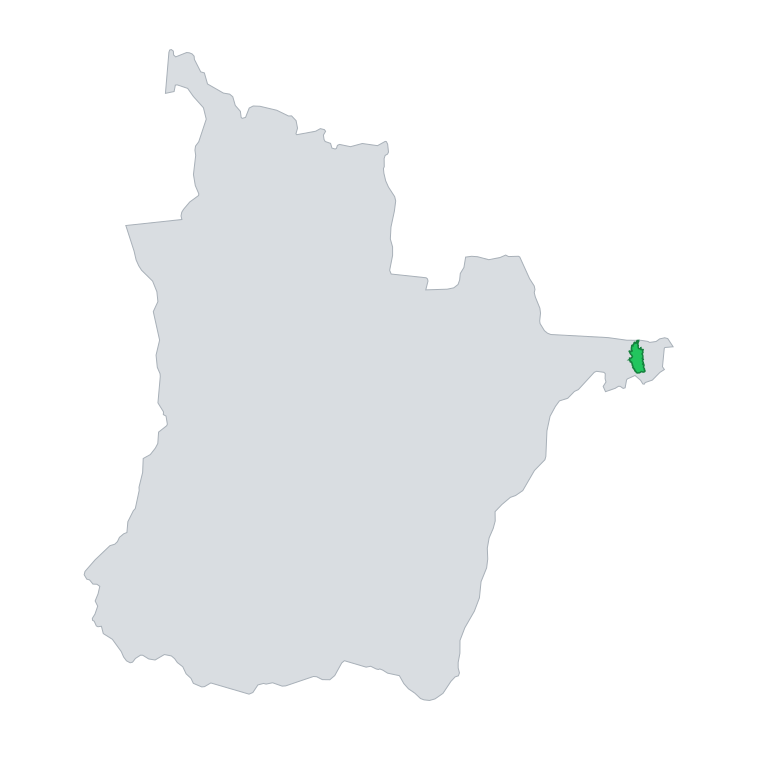 Seke-Banza, Bas-Congo, Democratic Republic of the Congo shown in context, rotated 184°
{"feature_id": "63176286B69853523616594", "entity_name": "Seke-Banza", "entity_type": "district", "adm_level": 2, "iso_a3": "COD", "parent_name": "Democratic Republic of the Congo", "parent_adm1": "Bas-Congo", "projection": "robinson", "projection_center": [13.441, -5.391], "detail": "fine", "context": "in_parent", "style": "filled", "palette": "green", "viewbox_px": 768, "rotation_deg": 184, "n_neighbors": 0, "source": "geoboundaries", "source_scale": "gbopen_adm2", "svg_char_len": 7417}
<svg xmlns="http://www.w3.org/2000/svg" viewBox="0 0 768 768"><g transform="rotate(184 384 384)"><path d="M652.6,524.1L597.1,534.0L598.2,537.5L597.7,541.3L596.2,544.2L590.5,552.0L582.1,559.1L582.0,560.8L586.1,568.8L588.7,579.7L587.8,598.9L588.9,604.1L588.6,608.2L585.7,612.7L579.8,635.8L583.4,647.0L594.2,657.5L600.5,665.2L611.2,668.0L613.0,667.6L613.8,661.1L622.3,658.7L621.7,699.9L621.1,702.2L619.5,702.8L617.4,701.4L616.8,697.5L614.6,695.8L604.0,700.9L601.3,700.8L598.5,699.9L596.3,697.8L595.8,694.6L588.6,682.6L584.9,681.8L581.0,671.0L564.5,663.0L558.2,662.4L554.9,660.0L551.8,651.5L546.3,646.0L545.1,640.0L544.0,639.1L540.7,640.3L537.7,649.9L533.9,652.2L527.1,652.4L510.1,649.6L498.0,644.7L494.9,645.0L490.1,640.6L488.1,633.2L489.3,627.4L488.4,626.6L469.8,631.4L465.3,634.3L461.2,633.6L459.9,632.0L461.8,628.1L460.9,623.8L459.6,621.8L454.1,620.3L452.4,615.7L449.1,615.0L447.9,615.7L447.1,618.8L445.1,619.9L434.0,618.4L422.4,622.4L407.1,621.3L399.7,626.1L398.6,626.0L397.1,623.5L395.7,615.7L396.5,613.6L398.8,612.1L399.6,608.9L398.9,600.8L399.6,598.9L398.8,594.2L396.5,586.8L393.3,580.8L386.4,571.6L385.1,567.4L385.7,557.2L388.0,541.0L387.8,529.1L385.0,521.3L384.4,512.9L386.3,497.8L384.5,494.2L349.4,492.9L347.9,491.8L347.3,489.7L348.9,480.8L327.5,483.0L321.1,484.8L317.1,488.4L315.8,493.0L315.6,499.6L312.4,505.8L311.4,516.3L305.5,517.5L299.6,517.5L288.2,515.3L277.0,518.3L271.6,521.1L268.7,519.8L258.7,520.8L257.4,520.1L246.1,499.2L241.0,492.3L240.0,488.8L240.5,485.6L239.1,481.3L233.8,470.5L232.8,465.6L233.1,457.7L232.5,455.1L227.7,448.4L224.5,446.1L221.0,445.0L163.6,445.9L144.7,444.6L130.8,445.5L123.8,444.9L121.9,444.0L115.5,445.4L112.2,448.2L107.2,449.7L104.1,449.1L98.2,441.3L106.3,440.0L106.9,439.2L107.4,420.6L105.3,418.0L109.6,414.8L116.6,406.6L123.5,403.7L124.4,402.0L125.8,402.1L128.3,405.6L134.2,410.0L141.5,406.1L142.3,405.0L143.2,397.0L145.1,396.3L148.2,398.1L149.9,398.1L153.1,395.8L162.5,391.8L165.2,396.9L162.7,401.5L163.8,404.7L164.0,409.8L165.5,411.0L172.9,411.5L175.1,410.3L189.7,392.0L193.5,389.9L199.7,382.6L207.8,379.4L211.4,373.7L216.1,363.4L218.2,348.6L217.5,323.1L218.2,319.7L227.9,308.2L238.1,287.4L245.0,281.9L250.1,279.7L258.0,272.0L264.3,264.4L263.5,255.1L265.0,247.5L268.4,237.8L269.5,227.5L268.3,216.6L268.8,207.7L273.4,193.6L273.9,177.3L278.0,163.7L286.4,146.4L290.3,133.5L289.5,120.7L290.6,111.4L290.2,105.9L288.6,101.1L289.4,98.1L292.6,96.8L296.5,92.0L303.6,79.5L311.2,73.4L316.5,71.5L322.1,71.7L325.7,72.8L331.6,77.7L338.3,81.6L343.3,86.5L348.3,94.1L360.2,95.8L365.3,98.5L368.4,99.5L369.6,98.8L372.0,99.2L377.6,101.5L382.1,100.3L404.2,105.2L406.7,102.8L412.8,89.7L417.4,85.2L424.9,84.8L430.8,87.3L434.0,87.3L461.0,76.0L464.5,75.5L474.3,78.2L480.7,76.4L483.3,76.9L488.8,75.0L493.3,67.1L497.0,65.2L535.9,73.7L541.9,69.6L544.7,69.1L553.3,72.1L556.0,76.9L561.2,81.1L565.0,87.9L570.7,91.7L573.7,95.4L577.1,97.9L584.2,98.8L593.1,92.7L599.5,93.3L605.8,96.6L608.0,96.5L612.8,92.9L615.4,89.0L617.8,88.2L621.6,89.9L624.7,93.5L627.4,98.7L637.2,110.4L646.6,115.4L649.0,122.6L652.4,121.9L654.1,122.6L656.5,127.1L658.3,128.0L658.6,129.9L656.3,134.2L654.1,142.4L657.0,147.4L654.6,154.7L653.4,162.3L656.4,164.2L660.4,164.1L664.0,168.0L666.9,168.6L669.8,172.8L669.2,176.2L659.9,188.5L646.1,203.6L641.4,205.4L638.9,208.2L637.2,212.6L633.2,216.4L630.1,217.9L629.9,228.8L625.2,240.1L623.4,242.4L620.8,260.7L621.2,263.9L618.6,278.9L619.0,292.9L612.2,297.3L607.6,304.1L605.5,308.9L605.5,320.3L597.9,327.2L597.3,328.8L599.2,336.8L602.0,338.1L602.0,340.8L608.2,349.4L607.7,375.9L608.1,378.6L611.3,384.8L613.4,396.9L610.9,412.1L619.2,440.1L615.3,450.4L617.0,460.2L622.0,470.5L633.8,480.6L636.9,484.8L639.9,490.4L642.6,499.2L652.6,524.1Z" fill="#d9dde1" stroke="#a8b0b8" stroke-width="1"/><path d="M127.9,436.4L128.2,436.4L128.6,436.4L128.9,436.4L129.4,436.3L129.7,436.3L130.0,436.2L130.2,436.3L130.3,436.5L130.2,437.0L130.1,437.9L130.2,438.1L130.3,438.0L130.5,438.0L130.6,437.5L130.7,437.2L131.1,436.9L131.3,436.9L131.6,437.0L132.2,437.1L132.4,437.1L132.6,437.3L132.8,437.7L133.0,438.5L133.2,439.3L133.2,439.6L133.0,439.8L133.0,440.2L133.2,440.4L133.4,440.7L133.5,441.0L133.5,441.4L133.7,441.8L133.6,442.2L133.5,442.5L133.4,442.6L133.4,443.2L133.4,443.5L132.9,444.4L133.0,445.0L133.1,444.9L133.3,444.9L133.5,445.0L133.8,445.1L134.0,445.0L134.3,445.0L134.3,444.9L134.5,444.9L134.7,444.7L134.7,444.2L134.7,443.9L134.7,443.7L134.8,443.7L134.7,443.0L134.8,442.6L135.2,442.4L135.7,442.3L135.9,442.9L136.0,443.0L136.6,443.1L136.7,442.6L136.8,442.6L137.0,442.7L137.3,442.7L137.4,442.4L137.3,442.2L137.3,441.8L137.5,441.7L137.7,441.4L137.9,441.1L137.9,440.8L138.0,440.7L138.1,440.4L138.3,440.2L138.5,440.1L138.5,439.9L138.7,440.1L139.0,440.1L139.3,439.9L139.6,439.2L139.5,438.5L139.5,438.4L139.7,437.4L139.5,436.9L139.5,436.6L139.7,436.3L139.6,436.1L139.6,435.7L139.6,435.3L139.3,435.2L139.2,435.0L139.0,434.9L138.8,434.5L138.7,434.3L138.8,434.2L139.0,434.3L139.3,434.3L139.5,434.1L139.6,433.7L140.1,433.5L140.7,433.7L140.8,433.8L141.1,433.8L141.3,434.0L141.5,434.0L141.7,433.8L141.6,433.5L141.5,433.3L141.2,433.0L141.0,432.8L140.8,432.2L140.7,432.1L140.4,431.5L139.7,430.7L139.3,430.4L139.1,430.3L139.1,430.2L138.8,429.8L138.7,429.5L138.3,429.2L138.1,428.8L138.3,428.0L138.4,427.9L138.5,427.8L138.7,427.7L138.8,427.7L139.0,427.6L139.2,427.2L139.3,427.2L139.5,426.8L139.5,426.7L140.0,426.6L140.3,426.8L140.5,426.9L140.6,426.4L140.7,426.1L140.7,425.8L140.8,425.9L140.8,425.5L141.1,425.3L140.9,425.3L140.7,425.2L140.3,424.6L140.4,424.3L140.4,424.2L140.2,424.1L139.8,424.0L139.7,423.9L139.4,423.6L139.5,423.3L139.4,423.3L139.3,423.5L139.1,423.5L138.7,423.3L138.7,423.2L138.8,423.1L138.9,422.9L138.7,422.8L138.5,422.7L138.2,422.1L137.9,422.0L137.9,421.8L137.9,421.6L137.8,421.4L137.7,421.1L137.8,420.9L137.7,420.6L137.6,420.4L137.5,420.1L137.5,419.9L137.3,419.9L137.3,419.7L137.2,419.6L137.1,419.3L136.9,418.9L136.6,418.3L136.8,418.0L136.8,417.8L136.9,417.7L136.7,417.5L136.1,416.8L136.0,416.7L135.9,416.6L135.7,416.8L135.5,416.6L135.3,416.5L135.2,416.3L135.1,416.2L135.0,415.8L135.1,415.7L134.9,415.4L134.9,415.2L134.8,414.9L134.6,414.7L134.4,414.8L134.3,414.6L134.2,414.6L134.0,414.4L134.0,414.2L133.8,414.2L133.7,414.1L133.6,413.9L133.4,413.7L133.2,413.3L133.0,413.0L132.6,413.0L132.4,412.8L132.2,412.7L131.7,412.7L131.1,412.9L130.7,412.9L130.3,412.9L130.0,413.0L129.8,413.1L129.6,413.2L129.5,413.3L129.3,413.4L129.1,413.6L128.9,413.8L128.5,414.0L128.3,414.3L127.8,414.4L127.6,414.3L127.1,414.2L126.8,414.0L126.3,414.0L126.0,414.0L125.5,414.2L125.0,414.4L124.7,414.8L124.5,415.2L124.7,415.4L124.9,415.4L125.0,415.5L125.0,415.8L125.1,416.1L125.3,416.2L125.4,416.4L125.2,416.6L125.1,416.9L125.4,417.5L125.8,418.0L126.0,418.3L126.2,418.6L126.3,419.0L126.2,419.6L126.0,420.3L125.9,420.7L126.1,421.1L126.1,421.4L126.2,421.8L126.4,422.1L126.5,421.9L126.7,421.6L126.7,421.4L126.9,421.4L127.1,421.5L127.4,421.9L127.3,422.2L127.0,422.5L126.8,422.7L126.8,423.1L126.9,423.8L127.0,423.9L127.2,424.2L127.5,424.4L127.7,424.7L127.7,425.1L127.7,425.6L127.6,425.8L127.3,426.2L127.0,426.6L127.1,426.9L127.4,427.0L127.8,427.0L128.1,427.3L128.1,427.7L128.0,428.0L127.7,428.2L127.6,428.6L127.6,428.9L127.7,429.3L127.7,429.7L127.8,430.2L127.9,430.6L128.1,431.1L128.4,431.5L128.6,431.7L128.7,432.0L128.6,432.4L128.4,432.6L128.2,432.9L128.0,433.2L127.9,433.6L127.9,433.8L128.0,434.0L128.1,434.4L128.3,434.8L128.3,435.0L128.2,435.3L128.1,435.5L127.9,436.2L127.9,436.4Z" fill="#22c55e" stroke="#15803d" stroke-width="1.5"/></g></svg>